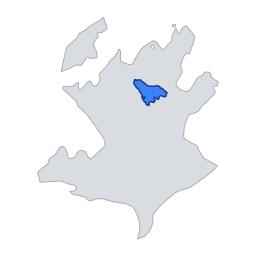 Goranboy District, Goranboy, Azerbaijan shown in context, rotated 89°
{"feature_id": "54616110B75141866412524", "entity_name": "Goranboy District", "entity_type": "district", "adm_level": 2, "iso_a3": "AZE", "parent_name": "Azerbaijan", "parent_adm1": "Goranboy", "projection": "equal_earth", "projection_center": [46.678, 40.575], "detail": "fine", "context": "in_parent", "style": "filled", "palette": "blue", "viewbox_px": 256, "rotation_deg": 89, "n_neighbors": 0, "source": "geoboundaries", "source_scale": "gbopen_adm2", "svg_char_len": 5261}
<svg xmlns="http://www.w3.org/2000/svg" viewBox="0 0 256 256"><g transform="rotate(89 128 128)"><path d="M180.7,217.0L179.6,216.9L171.4,219.0L169.7,218.3L162.6,209.1L161.1,208.0L158.1,207.6L156.3,206.1L154.8,203.6L154.0,201.8L146.7,196.8L145.6,195.0L145.5,193.4L146.5,191.9L147.7,190.7L151.3,189.4L155.4,188.4L156.7,187.6L157.4,186.3L157.3,184.1L156.6,182.1L150.7,178.2L150.0,176.6L149.8,174.6L150.1,172.5L151.0,170.9L155.9,168.6L158.4,166.3L156.8,163.7L151.5,157.8L145.3,151.4L141.2,151.3L136.5,153.2L128.9,158.7L124.7,161.1L119.2,165.0L113.2,169.4L108.4,174.0L105.3,177.8L99.9,179.5L97.1,182.7L88.0,192.3L85.4,192.2L85.3,187.4L85.4,183.6L84.8,181.4L81.9,178.4L81.8,177.2L82.6,176.4L84.9,176.8L87.8,176.7L89.2,175.5L86.1,171.6L83.3,169.0L81.0,167.2L80.4,166.1L80.4,165.4L80.9,164.5L84.9,162.3L85.3,160.3L85.1,158.1L78.7,154.9L74.0,156.1L69.7,152.4L67.0,149.6L63.6,146.5L60.5,144.9L57.6,141.1L52.5,137.2L49.3,136.1L49.3,135.5L49.9,134.7L51.3,134.1L60.3,134.3L61.5,133.6L62.0,131.9L63.3,129.4L64.7,125.8L64.6,122.7L55.6,117.7L49.0,113.2L44.5,107.2L41.4,101.7L41.5,99.8L42.4,98.1L49.5,93.1L50.0,91.8L49.8,90.9L47.3,88.3L44.2,85.6L43.2,83.7L41.3,82.7L37.5,82.6L30.9,79.4L29.5,79.0L29.2,78.4L29.5,77.7L34.2,76.4L34.2,75.3L32.8,73.9L30.1,72.8L27.7,70.2L26.9,67.9L35.4,61.1L37.9,59.7L43.5,61.0L55.0,65.5L54.2,68.0L55.4,69.4L58.0,71.3L63.1,73.3L67.4,74.3L69.6,73.4L72.9,72.7L77.2,75.0L81.2,77.8L83.2,79.0L84.2,79.3L87.2,78.4L90.9,74.7L92.3,70.3L92.7,68.1L90.6,65.2L86.2,62.0L81.4,59.2L78.2,56.7L76.3,51.9L74.3,51.3L73.7,50.7L73.4,49.1L73.5,46.7L74.2,45.0L76.2,44.2L78.2,43.9L80.0,42.2L82.2,38.9L83.2,37.0L87.4,38.1L88.0,41.1L88.7,41.7L90.5,41.4L93.4,40.1L95.7,41.1L98.7,44.6L102.8,48.4L105.1,50.9L106.0,52.6L108.1,54.3L111.2,56.3L113.6,59.4L115.9,66.7L118.1,68.3L126.1,71.1L128.9,71.7L136.8,72.6L139.5,71.9L143.5,65.7L147.1,59.3L150.5,57.9L156.6,54.8L160.2,51.9L161.7,48.7L165.2,42.8L167.2,39.4L170.9,42.4L177.2,50.5L186.3,63.6L188.5,67.4L190.0,71.7L191.3,76.9L193.4,81.6L202.7,93.3L206.7,97.6L213.2,103.2L215.5,104.5L218.5,104.8L223.9,104.9L229.1,107.1L231.6,108.6L234.2,110.8L236.6,113.4L239.1,120.3L230.2,118.0L221.3,118.4L216.3,119.9L211.5,121.9L206.8,124.8L204.0,130.3L201.7,143.2L198.2,155.3L198.4,161.0L200.1,166.3L199.9,168.9L198.3,170.0L196.2,172.3L193.6,183.4L192.2,185.7L190.5,187.1L190.0,185.7L190.1,182.8L186.1,180.2L184.1,183.1L182.7,189.3L179.9,195.7L179.8,197.0L180.7,217.0ZM48.4,102.8L48.8,101.1L47.7,100.3L46.5,100.3L45.5,101.2L45.5,103.3L46.9,103.7L48.4,102.8ZM18.9,153.1L17.5,151.4L16.9,150.4L20.9,149.5L27.4,147.1L29.2,148.3L31.1,150.7L32.0,152.8L32.2,156.7L33.0,157.3L36.2,156.0L37.6,157.6L40.0,159.5L44.3,161.3L50.4,158.4L53.5,157.7L56.0,157.7L57.3,158.6L57.8,161.6L57.3,165.4L56.6,167.4L57.8,168.9L62.9,172.5L65.0,174.4L63.9,177.9L67.6,186.3L68.9,189.6L70.4,193.7L62.7,192.1L48.8,188.7L45.0,186.9L41.4,182.2L39.3,179.9L36.2,177.0L33.6,175.9L31.6,173.9L30.5,170.9L28.9,168.2L26.0,165.0L19.7,154.3L18.9,153.1ZM27.6,81.5L26.8,82.1L25.5,81.5L25.1,80.2L25.2,78.8L26.5,78.5L27.6,78.9L27.8,80.2L27.6,81.5Z" fill="#d9dde1" stroke="#a8b0b8" stroke-width="1"/><path d="M97.3,89.9L97.1,89.8L94.7,89.0L93.8,88.6L93.9,88.9L92.6,89.3L90.8,91.4L89.9,92.2L89.5,92.7L88.8,93.4L89.0,94.2L88.8,94.7L88.3,94.9L88.0,95.1L87.3,95.7L86.9,96.1L86.7,96.2L86.8,97.0L86.6,97.6L86.5,98.3L86.2,98.7L86.1,98.8L86.5,99.2L86.7,99.9L86.7,100.8L86.7,101.2L86.7,102.3L86.7,103.6L86.6,104.8L86.5,105.7L86.4,106.6L86.0,107.8L85.9,107.9L85.6,108.2L85.4,108.5L85.2,108.8L84.8,109.2L84.4,109.3L84.2,110.0L83.9,110.3L83.3,110.9L82.9,111.3L82.7,111.6L82.2,111.9L82.2,112.5L82.0,113.1L81.6,113.4L81.3,113.7L80.6,114.3L80.2,114.6L80.1,115.3L80.1,115.9L80.1,116.7L80.2,117.6L80.4,118.5L80.4,118.9L80.2,119.1L79.8,119.4L79.7,119.8L79.6,120.1L79.8,120.4L80.2,120.5L80.6,120.7L81.1,120.9L81.5,121.1L81.9,121.2L82.3,121.3L82.8,121.4L83.4,121.4L83.9,121.3L84.3,121.0L84.7,120.9L85.0,120.5L85.3,120.2L85.8,120.0L86.2,119.7L86.6,119.4L87.3,119.2L87.6,119.0L87.6,118.9L88.1,118.6L88.4,117.9L88.6,117.5L88.8,117.2L89.3,116.8L89.9,116.6L90.4,116.3L91.0,116.2L91.4,115.8L91.9,115.5L92.4,115.3L92.9,114.9L93.2,114.6L93.7,114.4L94.4,114.0L94.7,113.9L95.0,113.7L95.5,113.5L96.0,113.6L96.6,113.5L97.4,113.5L97.9,113.4L98.4,113.3L98.9,113.2L99.2,112.9L99.2,112.6L100.0,112.3L100.4,112.0L100.9,111.8L101.3,111.6L101.9,111.3L102.3,110.9L102.6,110.4L102.9,109.9L103.4,109.7L103.7,109.4L104.2,109.4L104.8,109.3L104.9,108.8L105.2,108.2L105.6,107.6L105.9,107.0L105.4,106.5L104.9,106.4L104.1,106.5L103.7,106.6L103.0,106.7L102.7,106.4L102.4,105.9L102.2,105.4L102.2,104.5L102.3,104.3L102.4,103.7L102.6,103.2L102.8,102.5L102.9,101.9L102.7,101.5L102.4,101.2L101.8,100.9L101.3,100.7L100.7,100.5L100.1,100.5L99.5,101.1L99.0,101.3L98.4,101.5L97.9,101.3L97.8,100.6L97.9,99.9L98.3,99.3L98.7,99.0L99.2,98.7L99.5,98.4L99.8,98.1L99.9,97.8L99.8,97.1L99.4,96.8L99.0,96.7L98.5,96.5L98.0,96.4L97.5,96.2L97.0,96.0L96.7,95.8L96.4,95.3L96.3,94.9L96.3,94.4L96.4,93.9L96.6,93.3L96.8,93.0L97.0,92.6L97.3,91.9L97.4,91.4L97.3,90.9L97.3,90.1L97.3,89.9ZM97.7,110.6L98.0,110.7L98.5,110.9L98.7,111.2L98.8,111.4L98.8,111.8L98.6,112.1L98.3,112.4L97.8,112.6L97.4,112.6L97.1,112.4L96.9,112.1L96.8,111.9L96.8,111.6L96.8,111.4L96.8,111.2L96.9,110.9L97.2,110.7L97.6,110.6L97.7,110.6Z" fill="#3b82f6" stroke="#1e3a8a" stroke-width="1.5"/></g></svg>